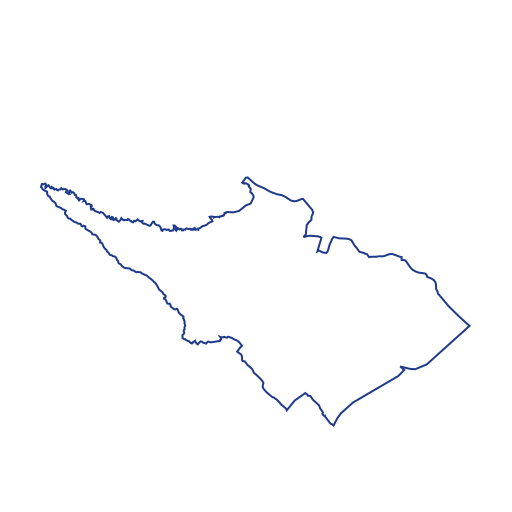 outline of Villa Guerrero, México, Mexico, rotated 140°
{"feature_id": "50627088B69956454145836", "entity_name": "Villa Guerrero", "entity_type": "district", "adm_level": 2, "iso_a3": "MEX", "parent_name": "Mexico", "parent_adm1": "México", "projection": "albers", "projection_center": [-99.664, 18.941], "detail": "fine", "context": "isolated", "style": "outline", "palette": "blue", "viewbox_px": 512, "rotation_deg": 140, "n_neighbors": 0, "source": "geoboundaries", "source_scale": "gbopen_adm2", "svg_char_len": 6144}
<svg xmlns="http://www.w3.org/2000/svg" viewBox="0 0 512 512"><g transform="rotate(140 256 256)"><path d="M210.8,313.6L211.9,321.5L213.6,322.5L219.4,321.0L218.8,319.3L218.3,319.6L216.7,317.6L215.9,315.1L216.0,314.5L216.5,314.3L216.5,313.8L216.9,313.5L216.7,311.1L219.3,308.5L218.8,306.6L219.2,304.0L220.0,302.5L226.4,299.6L231.0,301.2L240.0,301.4L245.3,304.0L249.8,308.2L250.7,308.7L251.5,308.3L252.5,309.1L253.3,308.2L254.0,308.2L254.4,307.8L255.2,308.3L255.7,308.0L256.0,308.5L257.5,308.8L258.0,309.5L259.1,309.3L259.8,310.4L262.5,312.3L263.6,312.5L263.4,313.4L264.4,314.6L266.3,315.8L266.6,314.5L266.6,311.9L267.1,310.6L271.2,311.8L273.6,311.6L276.8,312.6L277.7,313.3L280.7,313.3L282.5,314.2L283.4,313.2L284.3,314.6L285.5,315.0L285.0,316.7L286.5,316.4L286.5,317.2L287.8,317.0L288.0,317.8L288.9,317.8L288.9,319.2L290.6,320.1L291.6,322.0L293.2,321.6L294.1,322.6L295.4,322.5L296.2,323.1L295.6,324.6L296.2,325.3L297.7,325.6L297.9,327.5L300.8,326.6L300.8,327.8L298.6,329.2L298.6,331.2L299.4,332.3L301.0,330.1L303.1,328.9L305.9,330.5L305.9,332.5L307.7,333.4L308.3,334.8L310.2,336.1L311.5,335.4L311.9,336.3L311.5,337.9L310.6,339.3L310.7,341.8L312.3,343.5L312.8,346.2L312.0,347.7L312.7,348.5L314.9,348.1L317.0,347.1L318.3,347.7L320.5,352.5L321.6,353.2L321.8,355.1L320.5,355.8L322.7,357.3L323.1,360.1L325.9,360.0L326.6,361.4L328.5,360.8L329.4,362.2L329.2,363.3L330.0,364.4L329.8,365.8L330.5,366.6L331.7,366.3L333.2,367.9L334.5,368.5L334.8,371.6L336.3,370.8L339.0,370.4L339.9,373.7L338.8,374.4L339.0,375.1L341.9,375.0L342.2,375.9L340.8,377.6L341.3,378.6L343.5,377.5L343.8,379.0L342.9,381.0L343.6,381.5L345.5,381.0L345.5,387.3L346.5,389.4L348.2,389.6L348.8,391.2L350.4,394.0L350.5,395.9L350.1,396.6L350.7,397.2L351.6,396.9L352.3,397.5L351.1,399.9L349.8,399.7L349.3,400.3L350.6,403.5L352.4,404.4L352.2,405.9L351.4,407.5L351.7,408.5L352.8,408.9L351.8,409.3L351.3,410.1L353.2,412.3L354.5,412.6L355.6,412.1L355.9,412.5L354.8,414.4L355.8,414.7L355.5,415.9L355.9,416.5L354.7,418.3L355.5,419.2L354.9,421.1L355.2,422.6L356.7,423.1L356.2,424.7L356.2,425.7L357.1,425.8L358.8,424.5L359.1,423.4L359.7,423.9L360.6,427.1L359.7,427.5L358.7,427.3L358.4,428.4L358.9,429.6L359.9,430.7L361.1,431.1L361.5,433.1L362.8,432.6L364.2,433.5L365.4,433.4L366.0,434.2L365.8,435.6L367.8,436.5L367.9,436.9L367.3,437.5L368.1,440.0L368.9,439.1L369.8,440.0L369.5,443.6L373.5,443.5L372.9,444.5L371.1,445.0L370.8,446.0L371.0,447.1L372.7,447.4L373.7,448.8L376.4,447.1L376.2,445.7L376.5,444.7L376.3,443.3L375.5,440.8L374.8,440.1L374.7,439.5L376.0,437.9L376.6,435.9L376.6,435.2L375.8,434.2L376.3,432.6L376.6,429.3L375.8,427.3L375.7,425.2L376.7,422.6L376.3,421.4L374.7,418.6L374.2,416.1L373.4,415.1L372.6,412.8L374.5,412.0L375.2,411.0L375.0,408.2L375.6,406.5L375.4,405.1L374.3,404.0L374.2,402.5L373.2,398.7L371.9,396.9L371.5,395.1L369.8,393.6L369.8,392.9L370.3,391.1L370.2,390.6L369.8,390.2L368.6,390.1L367.8,388.6L367.8,388.3L368.9,387.0L369.1,386.2L367.1,380.7L367.0,379.0L367.4,377.7L365.5,375.6L365.2,374.6L365.2,372.0L365.8,370.7L365.3,368.5L365.5,367.8L366.8,366.5L365.7,365.3L365.7,364.7L366.9,360.6L367.0,358.5L366.6,356.9L367.1,355.5L366.9,353.1L367.2,351.3L367.1,350.6L366.0,349.2L365.7,347.7L364.5,346.4L364.1,344.5L365.0,342.4L364.8,340.9L365.8,339.1L365.7,338.2L365.0,336.7L365.1,334.4L364.6,332.1L363.7,330.6L360.6,327.4L360.4,325.1L359.0,323.4L358.3,320.7L357.0,319.9L354.8,317.6L354.5,315.6L352.2,311.2L351.9,308.5L350.8,303.5L350.9,301.6L350.5,300.6L350.6,297.7L351.8,292.5L350.9,288.2L351.4,286.3L350.9,284.5L350.9,283.4L351.5,282.7L352.0,282.6L353.1,283.1L353.6,282.8L353.9,282.2L353.3,280.2L354.5,276.7L353.8,275.7L352.7,275.0L352.9,273.7L353.8,272.0L353.0,267.9L352.0,266.9L350.6,266.5L350.4,265.9L350.8,264.0L351.5,262.5L351.3,259.4L350.5,256.1L352.0,254.9L351.9,253.7L352.4,253.2L352.6,252.0L354.0,250.4L355.0,248.1L356.3,247.6L357.3,246.6L357.7,245.8L359.0,245.6L359.6,245.0L360.3,243.3L360.9,242.9L363.4,242.6L365.0,240.3L364.4,238.5L363.7,237.7L363.7,236.5L362.0,233.5L362.1,232.3L361.5,230.3L360.9,230.0L360.7,230.6L360.4,230.6L357.1,230.1L357.6,229.2L357.8,227.2L357.4,225.7L355.3,226.2L353.3,226.1L352.4,225.0L352.4,224.0L350.6,221.0L348.1,221.4L347.3,220.8L346.7,219.6L345.7,218.6L338.3,214.2L337.6,214.6L337.5,214.3L336.5,214.6L335.7,215.4L335.5,217.1L334.9,215.9L334.5,215.9L333.3,214.7L332.4,214.6L330.7,212.0L329.2,212.0L327.0,208.6L326.4,206.2L325.0,203.9L324.3,201.5L324.4,196.2L327.5,196.0L331.9,194.8L330.7,190.0L331.0,188.8L332.1,186.9L333.7,185.0L333.5,183.9L332.3,182.4L332.6,178.3L331.7,172.6L331.7,171.3L332.7,167.8L332.0,164.0L331.4,156.5L331.9,154.0L334.5,152.0L335.2,151.1L335.6,149.1L335.5,145.0L334.4,138.6L334.0,137.2L333.2,135.9L333.1,134.8L332.4,132.9L332.1,128.8L332.2,126.1L331.2,120.6L331.2,119.2L331.6,118.0L319.2,120.4L306.3,119.3L306.3,118.1L305.7,116.9L306.1,115.7L304.3,113.9L304.8,109.5L303.7,101.0L304.8,98.1L305.3,93.1L306.5,92.5L306.8,90.6L306.5,89.7L305.8,89.4L306.3,88.1L306.7,79.5L305.9,78.2L305.5,76.3L298.4,79.3L292.0,80.9L275.9,81.4L224.2,72.6L215.7,73.4L216.6,78.7L210.6,70.6L206.8,66.9L194.9,63.2L137.4,65.2L139.4,79.9L140.7,93.6L140.7,110.4L139.8,112.0L139.2,115.0L136.6,118.3L135.8,119.7L135.4,121.1L135.3,123.3L136.4,126.7L138.2,129.6L138.3,130.0L137.3,132.2L137.8,134.0L142.2,138.9L143.8,141.8L145.0,145.1L145.1,148.0L144.4,155.9L144.6,156.9L147.0,159.4L145.1,161.5L146.3,163.0L149.8,169.2L150.8,170.3L152.7,171.7L158.0,173.6L159.6,174.6L161.5,176.4L165.3,178.8L166.1,179.7L168.9,181.8L170.1,182.4L169.8,185.8L171.1,187.9L171.4,189.0L173.8,192.3L174.1,193.1L173.7,197.3L173.8,200.4L172.8,206.6L173.2,207.7L174.2,209.6L176.2,211.8L181.1,216.2L184.3,220.8L186.8,220.0L192.3,217.4L197.4,213.9L199.1,213.2L200.2,213.2L202.0,215.1L203.1,216.8L203.9,219.3L204.7,219.9L206.0,220.1L194.2,227.8L194.6,229.3L196.0,231.3L201.2,236.5L203.4,238.0L206.8,239.6L206.7,240.1L206.2,240.4L204.4,240.4L203.8,240.7L197.1,247.2L195.3,247.4L195.0,247.7L190.3,248.1L188.0,250.6L185.2,251.9L184.0,252.9L183.8,254.1L183.3,254.9L183.3,269.6L184.7,270.4L189.9,272.2L191.6,273.4L193.7,276.2L195.4,282.3L197.0,285.8L200.1,289.7L202.1,293.0L204.1,296.7L206.0,302.2L209.9,310.0L210.8,313.6Z" fill="none" stroke="#1e3a8a" stroke-width="2"/></g></svg>